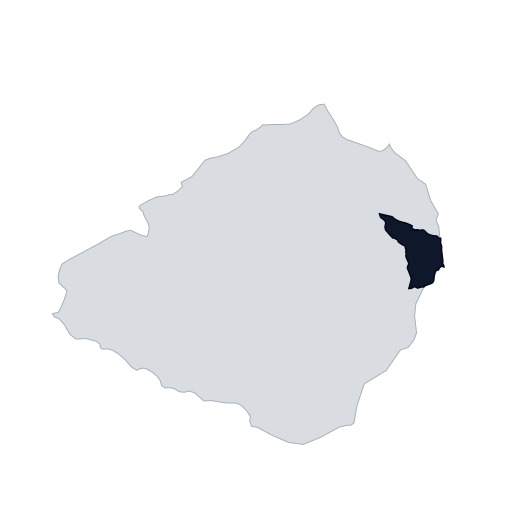 Maldonado highlighted on a map of Uruguay, rotated 289°
{"feature_id": "URY-20", "entity_name": "Maldonado", "entity_type": "Department", "adm_level": 1, "iso_a3": "URY", "parent_name": "Uruguay", "parent_adm1": "", "projection": "orthographic", "projection_center": [-54.808, -34.45], "detail": "fine", "context": "in_parent", "style": "filled", "palette": "ink", "viewbox_px": 512, "rotation_deg": 289, "n_neighbors": 0, "source": "natural_earth", "source_scale": "10m", "svg_char_len": 3910}
<svg xmlns="http://www.w3.org/2000/svg" viewBox="0 0 512 512"><g transform="rotate(289 256 256)"><path d="M405.2,345.8L402.1,348.5L398.8,353.7L394.8,366.3L381.7,383.5L379.0,393.2L365.0,403.3L355.2,414.7L348.8,414.4L343.1,419.3L310.1,434.2L298.3,431.4L289.5,431.5L281.4,424.9L262.8,422.7L251.1,425.4L235.6,432.8L230.9,432.8L227.5,432.5L219.0,429.6L214.3,423.2L190.1,416.3L170.3,400.0L147.3,400.2L129.8,402.9L127.0,400.8L125.1,396.5L121.3,390.4L105.6,376.1L93.2,361.9L90.3,347.5L91.5,331.7L94.4,313.0L93.6,307.2L97.9,303.8L102.3,303.0L106.4,298.0L110.0,290.6L110.5,285.1L107.2,275.0L104.7,260.8L102.0,253.8L106.6,242.5L106.6,237.0L103.7,232.3L102.7,227.5L103.9,222.4L103.5,217.5L101.5,212.9L102.8,209.0L107.2,205.8L110.5,201.1L112.5,194.7L113.5,189.9L113.5,186.5L112.0,183.5L109.1,180.6L110.3,174.7L115.4,165.8L118.7,157.9L120.1,151.1L119.9,145.6L117.9,141.5L118.6,138.7L121.9,137.1L123.3,132.7L122.5,121.8L118.8,112.8L121.3,105.6L128.7,97.1L132.5,90.4L132.7,85.3L135.0,82.3L138.8,87.7L149.7,88.8L160.6,88.8L162.4,87.3L166.5,78.3L172.1,75.6L178.2,74.8L185.0,75.1L192.3,80.9L212.8,100.0L227.9,113.2L232.5,119.5L236.5,124.3L239.5,128.7L238.3,140.2L238.6,145.3L239.3,146.7L242.7,146.8L247.7,145.9L251.9,143.4L255.1,139.7L258.3,136.6L260.9,135.0L261.9,132.5L263.3,130.0L264.9,129.4L267.8,131.3L274.8,137.8L280.2,143.9L281.5,147.4L283.6,151.0L285.8,154.2L287.3,157.3L292.5,161.3L297.8,163.8L301.3,161.2L310.3,169.6L329.9,176.6L333.5,180.8L336.9,186.9L343.7,196.0L353.2,204.3L360.8,207.8L368.1,209.9L372.2,211.7L374.9,214.9L379.4,218.3L382.2,219.6L383.1,222.6L385.9,229.3L388.8,237.7L392.0,245.6L399.0,253.1L406.9,259.1L415.1,262.5L419.7,266.7L421.7,270.9L416.0,277.1L409.9,285.0L404.4,291.1L398.9,295.4L397.0,298.4L395.8,303.0L395.5,327.6L395.0,336.8L395.3,339.2L396.1,340.8L399.5,343.3L403.6,345.4L405.2,345.8Z" fill="#d9dde1" stroke="#a8b0b8" stroke-width="1"/><path d="M332.9,424.8L332.2,425.2L328.4,426.2L326.4,427.9L325.2,428.5L322.5,429.3L311.9,434.4L310.6,434.7L309.4,435.1L307.8,437.0L306.7,437.2L306.9,436.5L307.1,436.0L307.1,435.7L306.4,434.7L305.6,433.9L304.5,433.3L302.1,433.0L301.9,432.7L302.0,432.2L301.6,431.6L301.0,431.1L300.4,430.8L299.1,430.6L296.2,430.7L290.5,432.1L288.2,431.6L286.5,430.0L283.3,425.7L281.2,424.6L281.1,424.0L281.0,423.4L280.5,422.4L279.3,420.6L278.8,420.1L278.6,419.8L278.4,419.4L278.3,418.8L278.4,418.3L278.7,416.5L278.5,415.9L278.2,415.4L277.5,414.7L276.6,414.0L275.9,413.2L275.0,411.1L283.3,410.6L284.9,410.2L286.3,409.4L286.8,409.1L293.7,403.2L294.5,402.9L294.9,402.9L295.8,402.8L297.7,403.0L298.6,402.8L298.9,402.7L299.7,402.1L303.1,398.9L304.2,398.1L305.1,397.6L306.4,397.4L307.1,397.2L309.0,396.2L310.2,396.0L310.7,395.8L311.3,395.4L312.2,394.6L313.3,394.1L313.6,393.8L313.9,393.4L314.1,392.7L314.3,391.1L314.4,390.2L315.5,386.5L315.7,386.0L316.0,385.6L316.6,385.2L317.0,384.8L317.3,384.4L317.5,383.6L317.7,382.1L317.8,381.7L317.9,381.3L317.9,380.9L317.9,380.6L317.8,380.3L317.7,379.8L317.6,379.5L317.8,379.0L319.1,376.6L320.1,374.6L321.8,371.9L322.1,371.3L322.3,370.9L322.6,370.4L323.2,369.8L324.5,369.0L325.3,368.6L325.9,368.4L328.9,368.0L330.4,367.4L330.8,367.0L331.3,366.2L332.1,364.5L332.6,362.9L332.7,362.4L332.8,361.9L333.5,360.9L336.1,359.0L337.4,371.6L337.3,372.0L337.2,372.8L337.0,373.2L336.3,374.6L336.2,375.0L336.1,375.4L335.4,379.5L335.6,384.1L335.8,385.4L335.9,387.1L335.7,391.6L335.3,393.7L335.2,393.9L335.0,394.1L334.8,394.1L334.4,394.1L334.1,393.9L333.7,393.9L333.2,394.1L332.8,395.1L332.6,396.0L332.5,397.4L332.6,398.2L332.7,398.7L333.1,399.3L333.3,399.8L333.5,400.4L333.6,402.4L333.7,403.0L333.9,403.3L334.4,403.9L334.7,404.4L334.9,405.3L335.0,405.9L334.9,406.5L334.8,406.9L334.5,407.7L333.6,409.3L333.3,409.8L332.8,411.8L332.6,413.5L332.8,416.4L332.9,417.3L333.7,420.1L333.7,420.5L333.7,420.8L333.5,421.1L333.1,421.8L332.8,422.2L332.6,422.9L332.5,423.5L332.6,423.9L332.9,424.7L332.9,424.8Z" fill="#0f172a" stroke="#020617" stroke-width="1.5"/></g></svg>